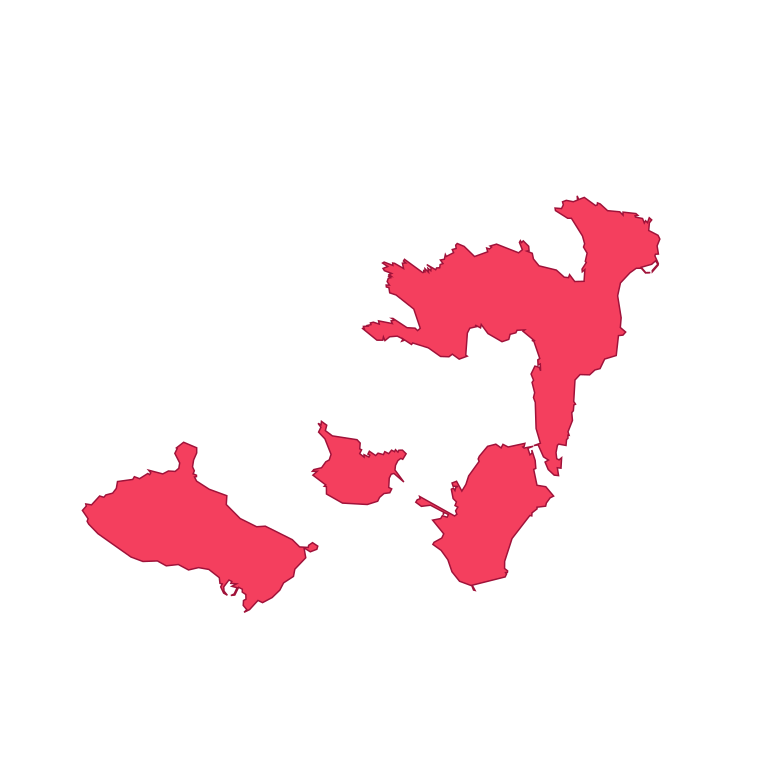 outline of Giske nor, Norway, rotated 29°
{"feature_id": "86288312B39553824960786", "entity_name": "Giske nor", "entity_type": "district", "adm_level": 2, "iso_a3": "NOR", "parent_name": "Norway", "parent_adm1": "", "projection": "albers", "projection_center": [6.074, 62.527], "detail": "fine", "context": "isolated", "style": "filled", "palette": "rose", "viewbox_px": 768, "rotation_deg": 29, "n_neighbors": 0, "source": "geoboundaries", "source_scale": "gbopen_adm2", "svg_char_len": 6149}
<svg xmlns="http://www.w3.org/2000/svg" viewBox="0 0 768 768"><g transform="rotate(29 384 384)"><path d="M538.6,110.7L535.4,110.0L536.2,115.1L533.6,114.4L533.6,117.0L529.9,113.9L523.0,116.1L522.0,115.1L524.3,113.4L521.7,112.8L509.7,117.8L511.2,120.4L506.7,119.1L495.5,124.0L485.8,121.7L482.9,122.1L483.7,123.9L482.5,125.4L468.7,123.7L464.9,128.2L461.7,125.8L464.1,129.3L461.2,132.8L454.4,135.0L451.8,138.1L454.0,140.4L454.2,144.5L448.3,147.2L449.9,149.2L464.3,150.0L467.6,148.2L485.8,158.3L491.5,164.1L492.1,167.5L498.2,171.1L500.6,179.2L502.0,179.6L501.5,187.5L503.0,189.7L504.2,186.6L509.2,197.2L501.1,201.9L493.3,198.4L493.8,201.5L489.9,203.2L479.5,200.8L462.3,205.5L454.1,202.2L450.3,197.8L444.5,198.5L446.2,197.0L443.8,193.4L436.4,191.3L435.7,193.6L433.8,192.5L433.8,194.5L439.9,199.5L438.1,204.0L414.6,207.1L409.9,211.9L411.7,212.1L410.8,214.7L407.9,215.3L410.6,218.1L401.4,228.6L387.4,224.8L379.9,225.6L379.4,227.8L381.4,230.5L378.5,233.3L381.2,235.4L376.7,242.2L374.9,241.0L376.3,245.6L373.2,248.2L377.2,250.1L375.2,252.3L376.4,255.3L373.7,257.0L373.8,259.0L363.5,258.8L368.8,259.5L370.0,262.2L366.3,261.5L368.8,264.7L363.9,263.3L365.3,265.8L363.8,265.7L364.6,267.1L363.8,267.8L341.5,265.0L341.4,267.0L344.3,267.6L341.5,269.4L345.1,273.5L334.8,273.3L332.9,274.0L334.3,276.0L325.0,277.3L324.1,278.9L330.3,279.5L327.1,283.4L329.4,284.7L337.1,283.6L335.4,285.8L338.2,286.3L335.1,287.5L338.2,287.9L336.5,289.5L337.1,292.9L340.8,294.9L337.9,296.4L339.0,298.0L341.6,297.4L344.8,301.5L351.4,300.3L373.7,304.0L388.7,317.7L387.5,321.0L384.1,320.1L376.8,323.6L360.1,322.3L359.2,322.8L362.4,322.8L359.6,325.3L362.0,327.1L348.6,331.4L350.8,333.9L344.7,335.1L342.5,337.2L343.8,338.4L341.0,340.9L341.9,341.2L338.1,343.6L341.0,346.2L337.5,345.7L356.5,349.1L361.7,346.3L360.7,343.2L363.8,345.6L366.0,340.0L372.4,335.7L378.8,335.4L378.8,337.9L380.4,336.1L379.4,335.4L388.9,336.1L389.2,334.2L405.2,330.9L420.1,332.5L427.6,328.7L429.3,324.8L437.7,325.8L443.3,319.3L441.5,319.1L432.2,299.0L432.0,293.6L437.0,289.1L435.2,288.2L441.2,288.1L440.2,284.8L450.5,289.5L466.7,289.8L471.5,284.5L470.2,279.4L474.5,275.3L474.3,272.5L480.8,268.5L480.0,270.5L494.0,273.1L492.2,274.2L494.4,274.0L507.9,286.2L506.8,288.3L509.6,292.8L511.0,290.7L514.6,296.6L511.6,294.1L507.3,295.2L507.8,304.0L513.0,308.2L512.7,310.8L520.0,318.6L521.3,323.4L525.2,326.7L538.6,349.2L549.5,360.0L544.9,365.2L548.3,362.5L558.8,370.4L564.7,370.8L562.7,374.2L569.1,379.2L577.0,381.2L581.1,379.5L576.2,373.2L579.6,371.8L575.1,362.4L573.9,365.5L571.3,365.6L567.7,360.6L565.4,353.6L565.9,351.9L573.0,349.5L570.6,344.1L571.2,342.4L569.7,339.5L570.8,339.1L568.1,336.6L566.5,324.5L562.1,318.0L562.6,315.6L560.2,310.3L561.3,308.8L558.4,307.3L549.1,287.9L550.9,280.7L559.4,276.3L561.7,269.4L565.5,265.8L564.9,255.2L573.3,246.5L565.6,228.0L569.3,225.4L570.2,221.4L563.3,220.0L559.3,211.1L545.6,193.6L541.8,181.0L545.2,167.5L548.5,160.5L552.9,158.0L558.9,160.1L562.1,158.2L562.8,157.4L558.9,159.7L552.4,157.2L560.1,149.5L561.8,144.6L565.4,146.5L563.6,154.7L564.3,155.8L566.1,147.2L565.6,145.7L558.8,140.6L558.5,138.9L561.0,137.3L555.9,130.8L555.0,123.5L551.6,121.1L541.1,121.4L538.0,114.4L538.6,110.7ZM251.1,530.6L237.0,532.1L233.4,540.6L234.4,540.7L234.7,546.1L243.6,552.1L245.4,557.2L243.7,561.7L237.6,564.6L234.1,569.9L219.9,573.5L223.1,574.8L223.0,576.9L220.8,576.8L216.1,585.3L210.6,586.1L210.5,589.3L198.2,598.5L200.5,605.1L199.6,611.0L194.5,615.9L193.9,618.9L189.6,619.8L186.8,631.5L181.3,633.5L182.8,635.2L181.5,640.8L190.5,645.3L190.9,648.0L193.6,649.7L206.4,653.6L246.6,658.0L259.2,656.1L271.6,648.6L281.7,648.6L291.6,641.6L303.2,641.4L310.8,634.5L320.7,631.1L333.8,633.2L337.2,637.9L339.4,637.3L339.5,640.6L345.1,644.6L349.4,644.7L344.5,642.7L342.2,639.2L343.4,630.6L346.6,630.5L346.7,632.6L351.9,630.3L349.0,634.7L354.3,633.4L354.7,640.3L352.6,643.2L355.8,640.9L355.4,632.3L359.6,632.2L360.9,634.7L365.2,635.1L367.6,639.1L366.1,641.5L368.2,645.9L373.4,647.9L372.3,651.5L375.8,646.5L378.7,634.4L383.8,634.1L389.7,625.0L392.8,614.8L392.6,606.6L398.1,596.2L395.8,589.2L399.8,573.9L393.5,566.1L400.9,566.5L405.4,561.1L404.7,557.9L398.4,557.4L396.3,561.6L396.9,563.7L389.2,567.4L379.3,564.6L349.1,565.9L341.8,570.6L323.4,571.4L304.5,565.9L300.7,557.9L282.2,560.8L267.2,559.8L263.3,557.2L264.9,555.9L264.2,554.7L260.6,555.1L260.2,551.9L256.7,549.3L254.3,542.7L253.6,535.1L251.1,530.6ZM546.0,375.2L541.0,370.5L544.7,366.1L537.6,372.1L535.9,371.8L536.8,370.6L536.0,367.6L523.1,378.9L517.3,379.1L517.4,383.1L511.0,382.4L504.8,388.3L502.4,401.0L502.7,403.9L504.7,405.6L502.6,423.3L504.3,432.1L504.0,439.9L494.6,433.9L491.5,437.6L494.0,439.9L498.4,437.7L496.9,439.3L497.7,442.8L495.1,441.4L493.9,443.4L500.0,450.7L504.5,452.0L505.0,455.9L508.3,455.9L508.1,460.2L510.9,462.6L509.7,465.2L469.6,465.1L471.2,466.8L469.2,469.1L469.1,472.0L476.0,472.9L483.4,467.5L498.3,467.2L499.1,469.7L499.0,467.2L503.7,467.0L503.8,469.9L498.9,470.9L498.8,474.2L492.5,479.5L508.9,486.1L509.2,490.7L504.5,498.2L504.5,500.6L514.6,501.8L525.0,506.7L534.5,515.3L545.7,519.9L558.7,517.9L562.2,520.8L563.7,520.4L558.7,517.2L583.5,494.0L583.3,490.8L581.8,490.0L583.3,489.0L582.7,487.5L578.9,486.9L575.5,480.6L570.9,457.1L575.3,428.3L577.2,427.7L575.9,425.0L578.4,419.0L577.5,417.6L584.6,412.5L583.7,409.3L584.5,403.0L586.7,399.8L575.3,395.4L566.9,398.4L556.3,386.1L557.7,384.2L553.3,377.6L545.3,370.1L547.0,372.6L546.0,375.2ZM437.2,434.3L432.2,432.9L429.1,434.7L429.2,436.8L425.9,435.9L426.0,438.1L422.7,438.2L421.9,442.6L417.5,442.8L417.7,446.0L412.3,447.4L411.4,450.6L403.8,449.9L403.9,453.1L406.1,453.1L406.2,455.2L400.8,455.5L402.0,457.6L396.5,456.7L396.3,452.4L394.2,452.5L391.8,447.2L387.4,445.8L364.0,454.4L355.3,453.2L353.9,447.8L347.4,447.0L348.7,450.2L345.4,450.4L349.8,452.4L350.1,457.8L358.9,460.6L371.8,471.2L372.9,476.9L370.8,480.3L370.0,487.5L364.1,492.9L363.7,495.1L367.9,492.7L366.0,498.2L382.0,500.5L381.3,502.4L383.4,501.7L387.0,508.1L405.4,508.3L427.8,497.5L435.3,489.6L435.1,485.3L437.1,479.8L441.8,476.3L441.6,472.0L438.3,472.2L434.2,463.7L434.0,459.4L436.1,457.4L448.9,460.1L435.3,453.9L433.5,449.6L433.3,444.2L434.8,440.9L436.9,440.8L437.2,434.3Z" fill="#f43f5e" stroke="#9f1239" stroke-width="1.5"/></g></svg>